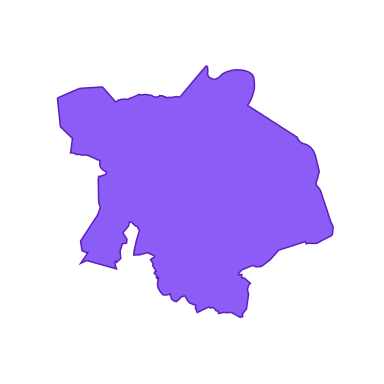 Kota Jambi, Jambi, Indonesia (Mercator projection), rotated 71°
{"feature_id": "22746128B99667418524197", "entity_name": "Kota Jambi", "entity_type": "district", "adm_level": 2, "iso_a3": "IDN", "parent_name": "Indonesia", "parent_adm1": "Jambi", "projection": "mercator", "projection_center": [103.597, -1.621], "detail": "fine", "context": "isolated", "style": "filled", "palette": "violet", "viewbox_px": 384, "rotation_deg": 71, "n_neighbors": 0, "source": "geoboundaries", "source_scale": "gbopen_adm2", "svg_char_len": 5790}
<svg xmlns="http://www.w3.org/2000/svg" viewBox="0 0 384 384"><g transform="rotate(71 192 192)"><path d="M211.3,64.8L206.1,64.2L205.6,64.2L201.0,63.8L198.5,63.6L197.1,63.5L195.5,63.6L193.9,63.7L193.0,63.8L191.8,64.0L190.3,64.6L189.0,65.1L187.9,65.6L186.7,66.4L185.9,67.1L185.2,67.6L184.5,68.2L183.7,69.3L182.8,70.6L182.2,71.3L181.0,72.5L180.3,73.1L179.5,73.6L178.5,74.0L177.6,74.4L176.6,74.7L174.9,74.6L174.5,74.7L174.3,74.9L160.8,85.6L147.7,95.9L142.8,99.8L141.8,100.5L130.5,109.5L129.6,110.1L128.4,111.0L128.2,111.1L127.7,110.7L127.4,110.4L127.2,110.1L126.7,109.6L126.3,108.9L125.8,108.3L125.0,107.5L123.7,106.2L122.7,105.1L122.4,104.9L121.3,104.0L120.0,103.1L119.0,102.3L117.6,101.4L116.6,100.7L115.8,100.2L114.6,99.4L113.7,99.0L112.8,98.7L108.6,97.3L104.3,96.5L103.3,96.4L102.5,96.5L101.7,96.6L101.0,96.6L100.4,96.8L99.8,97.2L98.7,98.0L97.1,99.2L96.5,99.9L96.0,100.5L95.6,101.1L95.2,101.8L94.6,102.5L93.9,103.4L93.3,104.5L92.7,105.8L92.2,107.0L91.7,108.4L91.2,109.3L91.0,110.3L90.6,111.1L90.4,112.2L89.9,115.6L89.8,116.8L89.7,118.6L89.7,119.7L89.7,120.6L89.9,122.0L90.1,123.8L90.4,125.3L91.9,127.9L92.6,130.2L93.0,132.9L92.4,134.9L91.6,136.0L90.2,137.4L88.8,138.7L87.4,138.8L85.5,139.0L83.7,138.0L81.3,137.2L79.6,136.8L78.8,136.7L78.2,136.8L77.7,137.2L77.6,137.6L77.7,138.1L86.8,153.5L89.8,158.4L91.4,161.1L98.2,172.4L98.3,172.7L98.1,173.2L97.7,174.0L96.9,175.1L96.4,177.6L95.8,180.7L95.8,181.3L95.5,182.0L95.2,182.5L94.9,183.1L94.8,183.8L94.7,184.2L94.7,184.5L94.7,185.1L94.1,185.7L93.3,186.2L93.3,186.9L92.4,187.8L91.4,188.4L91.2,189.4L90.2,191.3L91.0,192.0L91.0,192.8L90.9,193.4L90.7,194.4L90.4,195.4L89.9,196.4L89.3,197.4L88.3,198.0L87.5,198.9L86.9,199.8L86.3,201.0L85.9,202.1L85.2,203.1L84.5,204.5L84.4,204.9L84.3,205.4L84.1,206.0L84.1,206.5L84.0,207.2L84.0,207.6L84.0,207.8L83.9,208.1L83.3,209.0L82.6,210.0L82.4,210.3L82.4,210.7L82.5,211.0L82.6,211.4L82.7,211.8L82.9,213.4L82.9,214.0L83.1,216.3L83.2,218.3L83.2,220.7L83.3,221.6L83.4,222.6L83.4,223.0L83.4,223.3L83.2,223.7L82.9,224.1L82.4,224.6L82.2,224.9L82.1,225.4L82.0,225.9L82.0,227.1L81.7,227.7L81.5,228.2L81.4,228.8L81.3,229.4L81.4,229.9L81.3,230.3L81.2,230.9L81.1,231.3L81.1,231.7L81.2,232.1L81.5,232.7L81.7,233.2L81.9,233.8L81.9,234.2L81.9,234.6L81.8,234.8L81.6,235.0L81.2,235.2L64.8,241.9L64.0,242.2L63.6,242.5L63.3,243.2L60.1,254.8L57.7,263.5L57.5,264.5L57.6,265.1L57.7,268.3L59.0,284.8L59.2,286.4L59.2,287.1L59.3,287.6L59.4,288.0L59.5,288.3L59.7,288.6L60.0,288.8L87.4,295.2L102.4,287.6L115.5,294.1L115.5,293.8L115.7,293.3L116.0,292.6L116.3,291.9L116.6,291.4L116.9,290.9L117.1,290.7L117.5,290.4L118.0,290.0L118.3,289.8L118.6,289.4L118.8,289.1L118.9,288.8L119.1,288.5L119.3,288.1L119.5,287.5L119.6,286.9L119.8,286.2L120.1,285.6L120.4,285.1L120.8,284.6L121.1,284.3L121.3,284.1L121.5,283.8L121.5,283.5L121.7,282.9L122.1,281.2L122.3,280.7L122.5,280.3L123.2,279.2L123.5,278.7L123.8,278.2L124.8,277.0L125.3,276.5L125.8,276.0L126.2,275.5L126.9,274.9L127.5,274.2L128.1,273.6L128.5,273.1L129.0,272.4L129.4,272.2L130.1,271.7L130.6,271.2L130.8,270.9L131.0,270.6L131.1,270.2L131.4,269.6L131.7,269.3L131.9,269.2L132.1,269.1L132.4,268.8L132.8,269.0L133.6,269.3L134.6,269.7L135.4,270.1L136.9,270.5L139.1,270.4L141.5,269.4L142.0,269.0L142.6,268.7L143.8,267.7L145.3,266.4L147.1,267.6L147.4,273.3L146.8,275.0L149.2,276.4L170.4,283.3L171.5,283.6L173.7,283.7L175.5,283.7L176.4,283.7L176.9,283.8L182.9,288.6L202.1,313.4L211.6,315.1L214.9,311.7L215.4,310.1L223.2,320.5L222.5,314.0L240.1,288.4L234.8,288.3L233.6,288.3L232.5,286.3L234.0,286.3L231.8,281.1L224.4,279.2L218.3,274.7L219.0,270.5L215.9,269.1L215.4,268.9L215.0,269.0L214.3,269.1L208.8,270.5L208.4,270.4L208.0,270.3L207.8,270.1L207.5,269.7L203.9,263.7L203.1,262.8L200.2,261.1L200.4,260.4L200.5,259.4L202.9,257.9L205.4,256.7L205.9,256.2L206.2,255.6L206.8,255.1L207.6,254.9L208.2,254.8L209.5,254.7L210.6,254.1L211.6,254.5L219.9,260.4L220.4,260.8L220.5,260.8L229.6,266.3L232.7,267.6L234.4,261.7L234.8,253.9L240.0,248.4L240.4,248.4L240.9,248.5L241.2,248.8L242.4,253.2L246.9,252.2L248.0,252.7L249.0,253.1L255.3,251.7L255.6,253.7L257.0,254.1L258.5,253.0L260.5,252.3L260.8,253.6L262.6,252.9L262.4,251.7L266.2,253.9L268.1,254.7L270.1,255.1L272.5,255.2L274.8,254.7L276.8,254.2L279.9,252.8L280.6,251.2L281.1,249.3L281.4,247.6L281.4,245.8L286.4,246.2L288.7,244.9L289.7,243.7L290.6,242.4L289.9,241.0L289.0,238.5L287.6,236.3L287.9,234.6L287.6,233.4L287.9,232.6L293.2,231.5L296.4,230.2L300.4,225.3L302.9,226.6L307.7,226.3L306.6,217.8L306.2,213.1L307.8,212.5L307.7,210.5L308.8,209.3L309.8,208.7L312.1,207.9L312.9,206.3L315.6,206.4L316.1,201.0L317.5,198.3L318.7,194.0L318.9,193.7L325.9,187.6L326.5,185.1L326.2,184.6L325.6,184.4L323.9,184.2L320.4,178.6L318.8,177.8L307.3,171.9L302.1,171.3L298.3,168.5L297.4,166.5L290.5,170.5L289.6,172.5L287.8,172.4L286.1,171.8L285.5,175.5L285.5,175.4L283.8,173.9L283.5,173.3L282.2,170.8L281.8,170.1L281.8,169.5L281.8,169.4L281.2,158.6L282.2,157.4L283.6,155.9L285.0,150.6L281.7,140.5L278.2,134.2L275.3,129.2L275.3,128.9L275.2,128.7L275.8,100.9L278.0,101.0L278.1,100.8L278.2,100.5L278.4,99.5L278.5,98.9L278.5,98.3L278.8,97.4L279.0,96.8L279.5,95.7L280.4,93.4L280.9,91.7L281.0,90.9L281.1,89.7L280.9,89.0L280.8,88.1L280.7,87.6L280.6,87.1L280.5,86.4L280.3,85.6L280.2,85.0L280.1,84.7L278.8,75.0L278.7,74.5L278.5,74.1L278.3,73.6L277.5,73.0L276.9,72.6L272.6,70.6L271.4,70.1L270.9,70.0L270.6,69.9L269.8,70.0L269.1,70.0L268.0,70.2L267.2,70.2L266.3,70.4L264.2,70.5L259.9,70.4L251.4,70.2L243.6,70.2L240.8,70.2L236.0,70.1L234.7,70.1L232.9,70.0L232.3,70.1L231.3,70.3L230.5,70.5L229.8,70.7L228.6,71.2L226.4,72.1L225.5,72.1L224.8,72.0L224.0,71.8L223.2,71.4L222.3,70.7L221.4,70.0L221.2,69.8L221.1,69.7L220.6,69.2L219.2,68.3L218.3,67.8L217.4,67.3L216.4,66.6L215.5,65.9L214.4,65.3L213.8,65.0L212.9,64.8L212.2,64.7L211.3,64.8Z" fill="#8b5cf6" stroke="#5b21b6" stroke-width="1.5"/></g></svg>